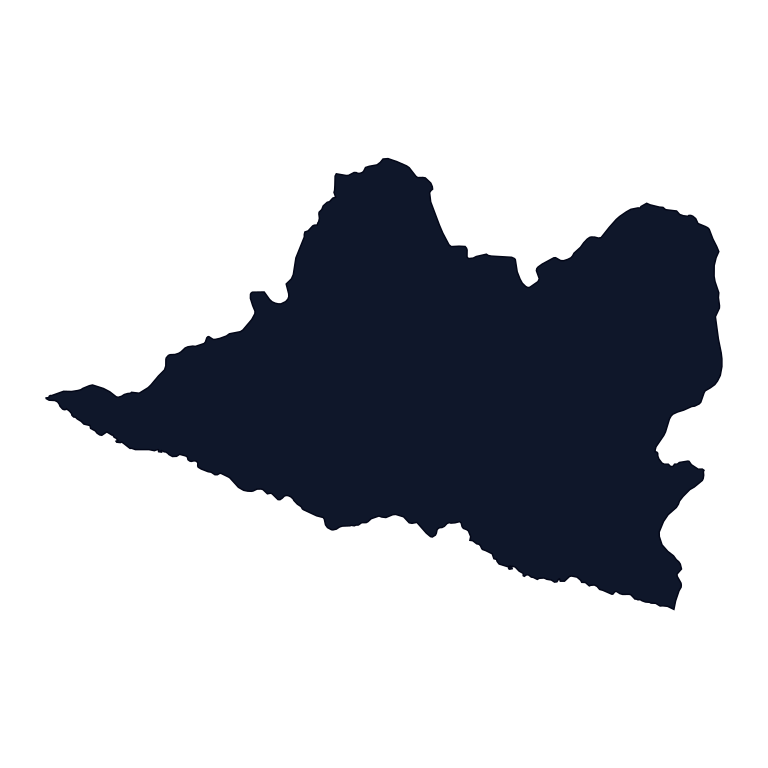 the district of Kutu, Bandundu, Democratic Republic of the Congo
{"feature_id": "63176286B54443714119434", "entity_name": "Kutu", "entity_type": "district", "adm_level": 2, "iso_a3": "COD", "parent_name": "Democratic Republic of the Congo", "parent_adm1": "Bandundu", "projection": "albers", "projection_center": [18.108, -2.975], "detail": "fine", "context": "isolated", "style": "filled", "palette": "ink", "viewbox_px": 768, "rotation_deg": 0, "n_neighbors": 0, "source": "geoboundaries", "source_scale": "gbopen_adm2", "svg_char_len": 6097}
<svg xmlns="http://www.w3.org/2000/svg" viewBox="0 0 768 768"><path d="M660.1,606.0L662.5,605.8L667.5,606.3L673.9,609.4L675.6,600.9L679.0,590.8L681.1,587.2L681.3,585.1L681.0,583.1L677.2,576.3L677.0,574.1L681.5,569.0L680.3,564.1L678.7,561.7L676.3,559.7L673.5,555.8L667.8,551.4L662.0,544.8L659.3,536.5L659.2,532.0L663.5,521.5L668.1,514.7L676.3,507.5L678.4,504.2L679.5,501.0L683.0,496.5L689.8,489.6L694.3,487.0L702.3,480.4L703.2,478.5L703.7,475.2L703.4,471.7L704.0,470.3L702.3,469.1L698.2,469.2L691.4,464.7L689.0,461.3L687.8,461.1L679.3,462.5L677.4,464.1L674.5,464.2L673.2,466.3L670.7,466.6L668.3,464.2L664.3,464.2L662.0,463.1L658.9,459.0L657.8,456.0L657.7,453.2L656.8,452.1L655.1,451.7L655.2,449.7L656.0,446.8L663.8,435.4L665.5,431.9L669.4,419.1L671.1,416.0L673.0,414.1L677.5,412.0L683.7,410.1L691.7,406.5L694.7,406.1L699.2,403.9L700.8,402.2L704.1,392.7L705.2,390.8L710.4,387.8L714.8,384.6L717.5,381.0L720.3,375.4L721.9,366.6L721.9,358.9L721.2,352.9L718.4,339.1L715.4,316.7L719.4,308.1L719.5,305.7L718.4,297.6L718.8,292.8L715.0,281.5L714.1,276.2L714.2,265.5L716.1,257.7L718.8,251.6L716.7,246.5L712.9,239.0L709.2,229.3L707.8,227.8L705.3,226.5L698.0,223.5L695.7,218.6L692.8,216.2L690.8,215.4L688.9,215.4L687.8,216.3L683.2,215.7L679.6,214.4L676.6,211.0L666.5,209.8L665.4,209.5L663.0,207.4L659.4,207.1L650.0,204.8L646.7,203.3L641.0,206.5L640.1,208.1L638.0,207.9L630.9,209.3L626.4,211.8L619.6,216.5L616.2,219.5L609.2,227.4L601.1,237.6L598.5,238.1L594.7,237.1L591.2,237.0L589.7,237.4L587.2,239.1L583.7,242.8L580.5,247.3L574.0,253.2L572.6,255.9L570.9,257.8L567.7,259.4L563.7,260.7L560.7,260.6L555.6,257.7L553.8,257.8L542.3,264.0L538.1,267.0L536.8,268.6L536.4,270.7L539.3,278.7L538.0,281.6L529.8,287.3L527.9,287.6L525.7,286.5L522.3,283.2L520.0,279.0L517.2,271.8L515.3,259.6L514.5,258.6L511.7,257.3L491.4,256.1L488.3,255.5L486.4,254.2L476.3,256.5L473.2,258.1L468.4,258.6L467.0,256.8L467.1,250.0L466.5,248.2L465.1,246.5L459.2,246.2L451.2,246.6L449.0,244.8L442.8,233.1L439.4,225.1L430.7,201.9L429.6,192.7L431.0,190.5L432.6,189.2L432.3,186.6L430.8,183.1L425.3,177.9L422.9,177.5L417.7,177.6L415.9,176.3L409.2,167.7L406.6,165.9L397.0,161.7L388.0,158.6L383.0,159.0L380.3,162.4L376.9,164.9L369.2,166.3L365.5,167.5L363.8,170.9L362.6,172.3L360.1,173.3L357.8,173.4L356.4,172.6L354.1,172.5L348.5,175.4L346.2,175.5L336.3,173.8L335.1,176.1L334.9,185.2L334.6,190.3L334.0,192.4L335.7,197.2L332.8,198.1L329.5,201.7L327.2,202.3L323.2,205.9L321.8,209.5L319.1,212.2L318.9,214.0L319.4,218.3L318.7,221.6L317.9,222.8L317.2,225.0L314.2,225.2L312.7,225.9L308.1,230.9L304.9,232.0L304.3,234.4L304.3,237.0L295.9,257.9L293.3,274.6L291.4,278.9L286.2,284.0L288.7,293.8L288.8,296.7L287.9,299.1L285.7,301.6L280.9,303.9L278.4,303.9L275.2,303.2L272.1,301.8L269.5,299.4L264.2,292.0L252.3,292.2L251.1,293.1L250.5,294.2L250.4,298.3L252.7,305.6L255.0,311.1L254.9,313.7L251.7,319.6L242.8,330.1L240.3,331.7L229.4,333.8L226.4,336.0L219.8,338.4L215.3,339.4L213.1,339.4L208.8,336.6L207.8,336.8L206.8,337.8L205.4,342.0L204.1,343.5L195.4,346.4L192.8,346.1L187.9,346.8L185.1,348.0L181.0,351.9L178.7,353.3L175.0,354.5L170.1,354.7L168.4,355.4L166.3,357.8L165.9,359.2L165.8,365.9L164.5,369.9L158.6,375.8L150.9,385.0L148.1,387.7L139.2,393.2L131.5,392.3L130.5,393.3L127.8,393.5L124.3,394.5L121.5,396.3L118.2,397.3L116.2,396.8L109.8,391.8L103.5,388.5L92.5,385.0L89.4,385.7L82.8,388.4L80.9,389.7L78.0,390.5L71.7,391.5L63.6,391.3L51.5,395.6L50.3,395.5L49.3,396.1L48.7,397.6L46.1,397.9L46.2,398.6L49.1,400.2L54.9,400.5L57.6,401.9L59.2,404.1L60.0,406.2L62.6,409.1L64.2,409.7L65.9,409.5L66.4,408.7L69.6,411.2L71.5,413.5L72.0,415.4L73.7,417.0L75.5,417.2L77.2,418.9L81.1,421.3L83.9,424.1L90.0,425.5L90.6,428.4L95.3,430.9L97.0,433.1L99.7,434.9L101.8,435.3L106.8,431.9L112.0,435.1L112.8,435.0L114.2,437.3L116.1,438.2L117.9,440.4L116.0,441.2L116.7,442.2L120.4,442.6L121.8,442.0L130.0,448.4L131.7,448.3L135.4,449.6L149.1,449.6L154.4,450.7L157.1,449.7L158.4,449.7L158.6,451.7L161.5,452.1L161.2,450.7L161.8,450.6L164.3,451.9L165.2,451.7L167.6,453.1L169.0,454.6L172.5,456.5L176.6,456.3L179.6,454.3L185.2,455.8L186.7,456.4L187.5,457.5L188.0,459.7L189.7,461.0L191.2,461.4L194.0,460.8L195.8,461.0L197.2,462.0L197.8,462.9L197.7,466.0L198.2,467.2L201.2,469.0L208.1,471.7L211.2,472.2L214.9,474.7L217.4,474.7L219.6,473.4L220.9,473.3L228.7,477.1L229.9,477.9L238.4,487.3L243.6,490.3L247.5,491.1L251.3,491.3L253.1,491.0L257.0,489.1L261.1,489.0L263.0,489.6L267.4,493.8L270.6,493.2L272.0,493.7L278.0,499.6L280.0,499.7L282.2,498.2L284.4,496.0L286.1,495.5L288.1,495.6L290.8,496.8L293.1,498.9L293.9,500.5L297.4,504.2L301.1,506.6L302.4,508.9L303.5,509.7L316.6,515.8L323.2,517.5L324.3,519.1L325.5,524.8L327.5,527.6L331.4,529.7L332.9,529.9L336.4,529.1L339.5,527.0L342.3,526.1L350.1,525.8L351.1,525.3L354.3,525.8L355.9,525.1L358.4,525.0L361.6,522.7L366.2,522.6L367.9,521.7L371.2,518.7L379.0,516.0L381.6,517.0L385.9,517.5L392.7,514.7L395.7,514.4L403.6,516.8L409.2,522.8L412.0,523.3L416.9,522.4L426.3,533.1L430.5,536.6L432.3,537.0L435.4,535.1L436.3,533.3L437.0,530.0L437.8,528.8L439.5,527.7L442.0,527.5L444.4,526.3L446.9,523.6L449.1,522.6L450.9,523.1L455.0,522.8L459.8,521.6L461.2,523.0L462.1,526.7L463.4,528.4L466.6,529.6L468.4,530.9L470.7,536.6L469.9,540.3L472.7,540.7L476.7,543.8L479.0,544.3L480.4,545.6L481.8,548.7L482.6,549.5L485.7,550.6L492.2,553.8L493.9,558.7L496.5,559.4L497.1,561.4L499.1,564.0L508.1,566.8L509.6,565.9L510.3,566.0L510.4,566.5L509.5,567.7L508.6,568.2L508.9,568.9L509.6,569.2L512.2,568.7L511.6,566.5L512.0,566.1L515.2,567.0L519.1,571.1L523.2,573.4L523.2,575.7L524.3,576.3L526.5,574.8L528.5,574.9L531.3,577.1L533.3,577.4L537.3,579.4L539.2,578.3L544.0,578.0L546.9,579.3L551.3,580.0L554.5,582.1L556.9,581.8L558.6,579.2L559.5,578.9L560.3,581.2L564.5,581.2L569.6,576.4L571.5,576.0L577.0,577.1L580.7,580.3L581.7,582.3L585.4,582.5L589.3,585.9L590.7,585.3L594.4,585.0L597.1,586.4L599.6,589.4L602.9,590.3L611.8,594.2L612.9,594.1L614.8,591.7L616.5,591.4L619.9,593.6L622.6,594.4L629.3,594.3L630.9,594.8L635.0,599.1L636.1,599.0L637.9,599.8L640.2,599.6L642.1,600.8L645.5,602.0L649.5,602.3L651.0,603.1L655.7,603.3L660.1,606.0Z" fill="#0f172a" stroke="#020617" stroke-width="1.5"/></svg>